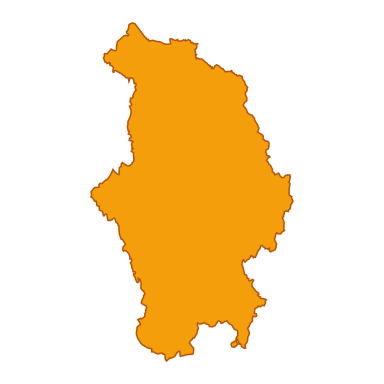 outline of Tsaratanana, Betsiboka, Madagascar
{"feature_id": "10022922B96360954496738", "entity_name": "Tsaratanana", "entity_type": "district", "adm_level": 2, "iso_a3": "MDG", "parent_name": "Madagascar", "parent_adm1": "Betsiboka", "projection": "robinson", "projection_center": [47.615, -17.138], "detail": "fine", "context": "isolated", "style": "filled", "palette": "amber", "viewbox_px": 384, "rotation_deg": 0, "n_neighbors": 0, "source": "geoboundaries", "source_scale": "gbopen_adm2", "svg_char_len": 5983}
<svg xmlns="http://www.w3.org/2000/svg" viewBox="0 0 384 384"><path d="M162.9,354.2L164.5,354.3L165.1,355.6L165.3,359.2L166.5,361.0L169.9,358.0L171.3,358.1L174.4,356.7L177.9,351.6L179.7,351.5L180.3,356.3L187.4,354.6L193.0,354.0L193.7,350.6L193.5,348.2L189.4,343.0L190.4,340.8L192.2,339.4L193.1,337.8L194.3,337.9L197.0,333.2L197.5,330.0L198.1,329.3L198.3,328.2L197.3,324.2L197.7,323.0L199.9,324.2L204.7,322.7L206.0,323.9L208.7,324.7L209.4,326.5L212.3,326.9L215.1,325.6L217.8,321.3L218.9,320.9L220.3,321.5L221.1,323.3L222.7,323.0L224.1,321.8L226.8,320.9L229.1,323.8L231.7,325.0L234.1,329.0L237.5,330.7L237.8,335.1L236.1,338.3L236.7,339.1L235.2,341.1L231.6,343.0L231.1,344.3L231.8,346.6L233.8,347.3L235.1,346.9L237.4,344.6L237.6,343.5L236.0,341.5L237.2,339.2L239.2,343.2L239.2,344.1L240.9,344.1L241.7,346.8L242.7,346.9L243.3,347.8L244.6,348.4L245.6,348.0L245.1,344.7L246.7,342.9L247.5,341.0L247.9,337.0L249.4,333.8L249.3,332.3L247.6,328.0L249.1,326.6L250.1,323.5L252.3,321.3L252.7,316.4L255.3,316.7L256.4,316.2L256.8,315.4L256.2,313.7L254.3,313.3L254.9,308.7L257.8,307.2L258.4,306.0L260.1,306.8L262.7,305.2L264.1,305.8L265.1,303.9L265.5,300.9L266.3,299.7L263.6,298.6L261.0,298.5L260.3,297.9L260.5,297.0L258.1,295.9L257.6,295.1L258.8,294.3L258.6,293.0L256.7,291.9L254.2,289.2L252.1,286.1L251.8,283.7L253.7,280.1L252.1,279.5L250.1,280.8L249.1,280.8L248.6,280.1L248.8,278.7L247.3,278.3L246.5,275.0L244.6,274.3L242.9,266.9L241.8,264.4L242.5,260.5L243.5,259.8L244.5,261.9L245.2,262.1L247.3,259.7L249.1,259.1L251.2,255.5L252.3,256.6L253.3,256.5L253.4,257.7L254.2,257.0L255.4,257.3L258.3,250.4L259.8,249.0L260.8,245.6L262.7,245.8L263.2,246.9L264.5,247.3L265.0,248.7L266.7,248.5L268.1,249.3L269.5,248.2L269.4,250.9L270.5,251.8L274.9,249.9L275.7,248.3L276.6,243.6L275.3,241.7L274.6,239.3L275.8,234.2L276.6,232.7L277.9,233.8L280.7,234.0L281.4,232.5L284.6,230.4L283.7,229.0L284.1,222.1L282.3,217.7L283.6,216.7L283.4,215.0L284.1,214.4L284.3,211.6L286.7,211.0L288.4,211.5L288.7,209.8L290.3,208.6L290.9,204.5L293.0,201.4L291.2,197.1L291.7,196.6L289.2,195.0L289.0,189.1L290.0,183.7L289.0,182.4L290.3,177.1L289.9,175.0L287.5,174.9L285.2,175.6L283.8,177.5L282.0,177.6L280.2,176.2L279.4,174.1L278.4,173.1L274.9,174.9L274.3,173.1L272.3,171.6L272.4,169.2L270.5,165.5L268.8,164.0L267.9,161.9L266.5,160.6L268.2,157.7L269.9,156.9L268.8,155.8L266.5,155.5L266.6,153.7L265.7,152.1L266.2,150.0L267.9,149.3L268.4,148.4L269.0,145.9L268.9,142.3L267.1,141.0L265.3,141.1L264.1,139.6L263.4,139.5L262.9,138.1L263.3,136.3L262.4,134.9L257.6,132.1L259.0,127.9L258.1,127.0L258.0,125.6L254.8,120.4L254.5,118.4L252.0,115.1L249.1,114.2L247.4,112.5L246.3,109.4L243.2,105.4L244.5,102.5L246.6,101.2L246.8,100.5L246.9,98.0L245.6,95.2L245.4,92.9L247.1,90.5L247.0,88.6L247.7,87.5L245.2,84.4L244.6,81.6L242.6,79.5L242.2,76.6L239.4,75.2L237.2,76.1L236.4,74.7L234.9,74.4L233.7,72.9L231.9,72.1L232.0,70.9L231.5,70.5L230.3,71.4L225.1,71.8L223.2,68.9L221.6,68.5L219.2,66.2L216.4,64.8L214.6,66.4L214.0,68.2L211.6,68.5L212.2,67.0L210.1,66.7L210.2,65.5L209.1,65.4L202.2,59.2L199.4,58.9L198.0,58.1L196.3,58.7L196.4,57.6L195.6,56.9L195.7,55.7L196.5,54.7L195.4,54.4L195.7,52.4L195.1,51.5L195.0,49.7L196.2,48.7L196.9,46.9L196.5,44.9L197.5,43.8L193.8,43.8L192.4,42.4L190.9,42.7L190.3,40.6L188.4,39.7L185.9,40.9L185.4,39.9L184.4,40.4L183.6,39.8L181.8,41.0L179.6,41.1L177.8,40.6L177.7,39.5L175.3,40.5L170.9,38.6L170.1,38.9L169.9,39.9L170.7,43.6L169.8,44.2L164.9,44.2L160.2,41.9L155.9,41.3L153.0,40.3L148.8,41.0L149.0,40.4L148.0,39.2L146.9,39.4L146.0,37.8L144.6,36.7L135.0,23.8L132.5,23.0L130.4,23.7L128.9,25.0L128.2,29.6L126.5,31.8L126.6,33.1L128.6,34.5L128.4,35.4L127.7,35.8L125.6,35.4L123.9,36.0L117.4,41.7L116.5,46.2L116.6,49.7L115.6,50.6L113.7,50.5L111.0,49.1L107.1,53.9L104.7,53.5L104.1,54.6L104.6,55.9L103.5,57.8L104.9,61.9L106.2,62.2L107.0,63.5L109.6,62.4L110.3,63.3L109.6,63.9L109.7,64.8L112.7,66.5L113.4,68.0L112.8,71.0L113.3,72.4L113.8,72.3L114.1,70.9L115.4,70.5L122.6,74.5L123.3,75.5L124.4,75.7L125.6,77.6L128.4,78.3L128.9,81.3L130.2,77.7L132.9,78.3L134.0,81.4L134.0,83.1L134.6,83.7L135.6,83.4L136.0,84.0L136.1,85.2L134.9,86.8L136.1,90.5L134.8,91.3L133.0,95.4L132.9,97.7L132.0,98.3L130.4,98.2L130.4,100.6L129.9,101.6L131.8,104.4L130.8,105.7L129.4,106.3L131.1,110.1L131.0,113.3L130.3,116.5L127.9,121.6L128.0,124.3L127.4,126.2L127.8,129.5L128.5,130.4L128.2,131.0L129.4,131.7L128.3,134.0L130.6,134.9L131.3,137.1L129.6,138.2L129.2,140.5L132.0,140.9L133.0,141.8L132.0,142.6L131.5,144.8L132.2,147.1L131.9,148.2L133.1,148.5L131.2,151.1L133.4,153.0L133.9,159.3L133.5,161.5L132.1,162.9L131.9,163.9L129.1,166.1L127.0,165.6L122.3,162.6L121.3,164.1L121.2,166.3L119.5,167.6L119.0,172.2L119.4,173.2L118.9,174.6L118.1,174.6L114.9,172.0L113.0,169.4L110.9,174.3L107.5,179.4L105.7,180.1L101.7,183.7L100.1,183.4L99.4,183.9L98.9,184.8L99.3,186.6L98.7,187.2L94.7,187.6L93.1,189.2L91.0,192.0L91.6,194.6L91.0,197.1L92.2,197.5L94.6,201.1L96.1,201.1L96.9,205.5L99.2,206.4L99.4,210.1L101.8,210.9L103.0,213.3L103.4,215.8L104.0,215.9L105.4,214.1L106.8,214.3L107.8,220.2L108.7,220.6L111.8,219.9L113.3,218.5L114.3,218.3L115.1,219.1L116.0,222.3L117.7,223.4L118.1,225.4L119.1,226.3L118.8,228.3L119.5,234.5L121.1,239.1L122.4,239.4L125.3,244.0L124.6,245.5L123.1,246.7L122.7,249.9L123.6,251.2L124.7,250.4L127.1,251.6L129.1,254.4L130.0,257.4L129.8,258.9L131.5,259.0L131.6,261.4L130.4,263.1L131.6,264.8L131.8,267.9L132.7,269.1L133.1,271.9L134.9,271.7L135.5,272.2L135.0,273.9L133.7,273.8L133.5,275.1L134.9,277.0L136.6,282.0L137.9,282.6L138.8,281.5L138.3,278.4L140.0,279.5L141.1,283.2L140.8,288.2L142.2,290.3L143.6,291.1L144.9,293.9L143.6,295.6L143.5,297.4L142.3,299.2L141.3,302.8L141.8,303.7L146.3,306.0L146.6,308.4L145.6,309.6L145.8,311.8L144.8,313.8L144.9,316.0L144.3,317.1L141.6,318.9L140.6,318.3L137.8,319.6L140.7,324.4L137.5,326.5L137.0,327.6L137.2,328.8L136.7,329.6L136.3,333.7L137.7,338.3L140.7,343.0L142.6,344.9L147.9,348.0L151.8,348.8L151.6,351.8L153.4,351.9L157.5,354.0L161.7,353.1L162.7,353.6L162.9,354.2Z" fill="#f59e0b" stroke="#b45309" stroke-width="1.5"/></svg>